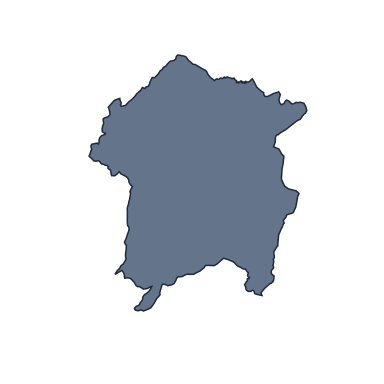 outline of Okere, Eastern, Ghana, rotated 28°
{"feature_id": "2480657B59311092791004", "entity_name": "Okere", "entity_type": "district", "adm_level": 2, "iso_a3": "GHA", "parent_name": "Ghana", "parent_adm1": "Eastern", "projection": "equal_earth", "projection_center": [-0.101, 6.04], "detail": "fine", "context": "isolated", "style": "filled", "palette": "slate", "viewbox_px": 384, "rotation_deg": 28, "n_neighbors": 0, "source": "geoboundaries", "source_scale": "gbopen_adm2", "svg_char_len": 5895}
<svg xmlns="http://www.w3.org/2000/svg" viewBox="0 0 384 384"><g transform="rotate(28 192 192)"><path d="M305.4,231.1L304.7,229.7L303.9,227.6L300.8,227.0L299.5,225.6L299.0,223.6L299.7,220.9L299.1,219.8L297.9,218.7L297.6,217.3L296.8,215.0L296.2,214.1L295.5,213.3L295.3,212.9L295.3,212.6L295.5,211.8L295.5,211.4L295.3,210.8L294.7,209.7L293.7,208.7L292.3,206.4L292.6,201.3L292.7,201.0L292.6,200.3L292.7,199.7L293.0,199.2L292.9,199.0L292.7,198.7L288.7,189.4L288.0,182.2L288.2,181.2L288.2,180.7L288.1,180.1L287.8,178.3L287.7,177.2L287.8,176.7L288.0,176.4L285.9,173.9L286.8,170.4L286.3,167.7L287.6,166.5L288.4,165.5L289.8,164.2L290.5,163.5L291.1,162.5L290.7,156.6L289.6,153.0L287.5,146.6L287.1,143.0L283.3,142.1L275.8,143.9L271.0,143.4L264.8,138.6L260.8,129.7L258.9,123.6L256.2,117.1L253.8,116.6L248.7,113.3L242.8,113.7L242.1,109.0L240.3,105.1L240.0,104.4L239.9,103.8L239.8,103.0L239.9,102.4L240.1,102.0L240.4,101.6L241.1,101.1L241.3,100.8L241.8,99.1L245.6,92.7L250.7,81.0L251.0,80.6L252.1,78.5L253.1,77.5L253.4,77.1L253.8,74.6L253.7,73.2L254.1,72.0L254.3,70.6L255.2,69.4L255.1,66.1L252.5,63.3L249.2,61.1L245.2,62.0L243.3,63.6L242.0,63.8L240.2,66.5L238.7,67.4L234.6,66.2L232.3,66.4L231.7,68.2L231.8,70.7L229.8,73.0L227.4,72.0L225.2,69.4L224.9,67.3L224.2,64.4L221.5,62.9L221.2,63.5L220.4,64.0L217.3,67.2L216.9,67.9L216.5,68.7L213.6,72.5L211.5,73.3L209.4,72.0L209.1,71.7L208.7,70.6L206.0,70.5L200.0,69.0L194.0,64.8L192.1,63.9L191.4,65.5L191.3,66.3L191.0,66.9L190.9,67.3L190.4,68.3L189.1,69.0L188.7,70.0L188.4,70.0L187.9,69.1L187.6,69.0L187.4,69.2L187.5,69.5L187.4,70.6L187.7,70.7L187.8,70.9L187.7,71.2L187.3,71.2L187.0,70.9L186.8,71.0L186.3,70.4L185.6,70.9L185.6,71.0L185.7,71.3L185.6,71.8L185.3,72.1L185.1,71.9L184.9,71.2L184.6,71.0L184.4,71.2L184.5,71.8L184.2,71.9L183.7,71.0L183.4,70.8L183.1,70.9L182.9,71.2L182.7,71.5L182.8,71.9L182.1,72.9L182.0,73.6L181.8,73.4L181.5,73.4L181.2,73.1L180.8,73.4L180.8,73.8L180.6,74.2L180.3,74.2L180.2,74.5L179.9,74.5L179.5,74.0L179.6,73.4L179.1,72.8L177.4,72.7L176.8,72.5L176.6,72.2L175.8,71.7L175.4,71.8L175.2,72.4L175.1,72.6L174.8,72.8L174.2,72.8L173.8,73.3L173.3,73.1L170.2,73.9L169.9,73.7L168.9,74.0L168.5,74.5L168.4,75.0L168.1,75.6L167.8,75.7L167.6,75.7L166.9,75.2L166.6,75.3L166.3,75.7L166.0,77.2L165.8,77.4L165.6,77.4L163.9,77.8L163.5,78.3L163.2,79.2L162.9,79.7L162.3,80.2L161.8,80.3L160.9,80.3L160.6,80.6L160.0,81.5L159.7,83.0L154.1,82.1L153.4,81.6L152.5,81.4L151.1,80.8L148.1,78.6L146.3,78.2L143.2,78.4L138.6,78.1L136.5,78.1L135.4,77.9L132.7,78.7L128.9,77.7L127.5,77.5L126.1,76.9L123.8,75.7L122.5,75.5L121.1,75.8L116.6,77.1L115.2,77.6L114.5,79.4L115.2,82.4L115.1,82.5L114.5,84.2L113.7,84.7L113.3,85.4L112.9,85.7L111.8,86.3L111.4,86.8L111.1,87.3L110.0,91.3L109.9,92.8L108.3,95.4L108.1,98.0L107.0,100.0L106.8,103.8L105.6,107.6L105.5,108.3L105.3,108.6L104.6,109.0L103.6,109.3L103.1,109.6L103.2,114.2L103.8,117.1L103.7,119.3L102.2,120.7L102.0,121.3L102.0,122.7L99.1,123.0L99.0,126.3L97.1,131.2L96.6,134.8L95.4,138.6L93.8,142.3L92.7,146.6L89.4,149.6L87.9,148.8L88.1,148.4L88.1,147.8L88.0,147.3L87.8,146.8L87.3,146.2L85.1,144.5L84.3,143.2L81.3,146.5L80.8,147.1L80.3,148.0L78.3,156.4L79.2,157.1L81.6,159.7L83.2,162.1L82.6,165.1L81.4,166.3L80.2,167.3L79.5,168.6L79.2,169.2L80.2,170.8L81.3,172.1L82.0,173.4L82.0,175.0L82.5,176.9L83.2,178.9L84.4,180.8L86.1,181.1L88.0,180.8L88.2,181.8L87.0,183.4L85.8,184.6L85.3,186.2L85.1,187.5L85.1,187.8L85.6,189.8L86.7,192.0L86.7,193.6L85.5,193.3L83.4,194.9L81.2,196.8L81.0,198.4L81.7,199.7L83.4,201.3L83.4,202.9L84.1,205.8L84.1,207.4L84.3,208.7L86.7,209.3L88.3,209.7L90.5,210.6L92.8,210.0L94.5,208.4L96.2,208.4L97.4,209.1L99.0,209.7L100.9,209.1L102.8,209.1L104.7,208.5L105.9,208.8L106.6,210.4L107.6,210.8L109.3,210.8L110.7,212.1L112.1,214.0L113.3,215.3L116.1,214.0L117.3,211.5L118.3,208.3L120.4,209.3L125.7,209.3L128.3,209.6L130.2,210.9L132.1,213.2L134.2,214.5L135.2,214.8L136.8,215.1L136.8,218.3L137.0,220.9L138.5,222.2L139.4,225.1L140.3,227.7L141.0,230.9L141.7,232.8L142.0,235.1L142.7,237.3L143.9,239.2L148.6,248.2L149.8,250.2L150.9,251.8L152.8,252.8L153.8,254.1L154.5,256.6L155.0,260.5L155.7,264.3L155.9,267.9L157.1,269.1L159.2,270.1L160.6,273.0L162.5,278.2L163.9,280.7L165.1,281.7L165.3,284.0L165.1,287.8L163.9,290.4L163.9,293.2L162.9,296.8L162.6,300.9L166.9,294.2L169.4,295.3L171.1,296.8L172.0,298.4L173.0,299.7L175.3,298.1L177.2,297.4L179.3,297.4L183.6,299.0L186.8,301.0L188.7,301.0L189.7,300.3L192.6,300.3L194.5,300.6L197.5,298.5L198.7,297.0L199.8,295.2L200.8,294.2L200.9,295.2L200.9,297.3L200.7,299.8L199.6,302.7L198.6,304.2L198.0,306.2L197.9,308.0L198.8,309.8L198.8,311.4L198.2,314.5L198.6,316.0L197.6,317.8L196.5,319.1L195.9,320.6L195.9,322.1L197.6,322.9L200.1,322.2L202.8,319.9L205.0,319.9L208.5,315.8L210.0,313.5L210.4,311.2L210.8,307.6L210.8,304.0L211.0,301.5L211.6,300.2L212.0,297.6L210.8,296.1L209.0,287.6L210.3,286.8L212.2,286.1L214.7,286.1L216.8,284.3L218.1,283.0L219.1,281.3L219.3,277.7L218.9,275.6L219.3,273.6L221.2,272.5L223.3,271.0L224.6,268.7L226.5,266.7L228.4,265.9L232.1,263.9L233.8,261.1L235.9,258.5L238.2,253.2L238.4,250.6L240.9,249.1L246.2,246.6L247.9,243.8L251.0,235.6L253.1,235.3L255.2,234.8L261.0,234.3L262.0,234.4L266.7,235.9L268.7,235.9L270.3,235.6L272.2,235.9L273.3,235.9L274.1,235.6L275.1,235.0L275.7,235.2L277.2,236.1L278.8,236.7L279.6,236.7L279.8,237.0L279.9,238.6L280.3,239.7L281.7,240.5L282.1,240.5L282.9,240.4L283.0,240.5L282.9,241.3L282.8,241.9L282.0,242.1L281.8,242.3L281.7,242.6L281.8,243.2L282.3,243.8L282.6,244.6L282.1,245.9L282.2,247.3L281.9,248.5L282.0,249.2L283.0,249.9L284.3,251.1L285.2,252.4L285.9,252.9L286.7,253.2L288.2,253.3L289.2,253.0L290.1,252.4L290.6,252.0L291.6,250.4L291.8,250.2L292.1,250.1L293.5,250.6L293.8,250.8L294.6,251.9L294.9,252.2L295.4,252.3L296.6,252.0L297.5,251.9L302.4,250.5L300.2,248.8L301.3,243.2L302.8,239.0L304.1,236.1L304.9,235.2L305.0,234.9L305.4,233.6L305.7,233.3L305.5,232.4L305.4,231.1Z" fill="#64748b" stroke="#1e293b" stroke-width="1.5"/></g></svg>